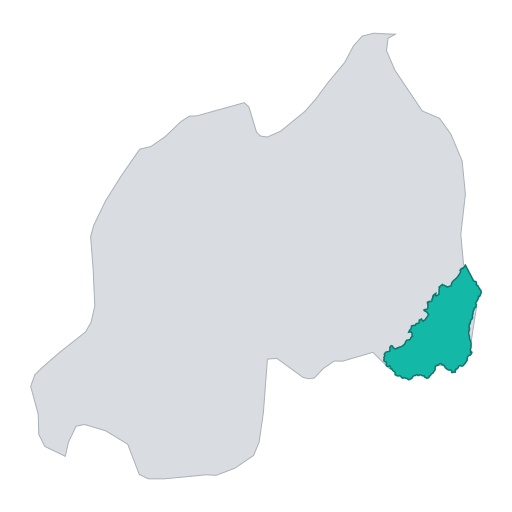 Kirehe, Eastern, Rwanda (highlighted)
{"feature_id": "39286606B14634167117771", "entity_name": "Kirehe", "entity_type": "district", "adm_level": 2, "iso_a3": "RWA", "parent_name": "Rwanda", "parent_adm1": "Eastern", "projection": "natural_earth1", "projection_center": [30.661, -2.196], "detail": "fine", "context": "in_parent", "style": "filled", "palette": "teal", "viewbox_px": 512, "rotation_deg": 0, "n_neighbors": 0, "source": "geoboundaries", "source_scale": "gbopen_adm2", "svg_char_len": 6982}
<svg xmlns="http://www.w3.org/2000/svg" viewBox="0 0 512 512"><path d="M189.4,116.1L196.6,115.9L244.2,102.7L248.9,106.9L256.6,132.4L260.7,136.1L267.3,137.0L280.6,131.2L305.1,111.2L315.8,99.0L328.4,82.0L344.5,62.7L353.5,45.9L362.2,36.1L373.7,33.2L386.4,33.9L395.3,34.2L388.0,38.3L386.5,50.6L394.9,70.2L422.2,110.9L439.6,118.4L450.9,134.2L462.1,160.8L465.4,194.2L460.8,234.3L463.5,264.1L473.5,283.6L476.2,309.0L471.4,340.1L465.6,358.8L458.8,365.0L451.0,367.3L440.5,365.2L427.6,367.8L413.7,373.7L404.9,374.5L399.5,373.4L389.2,368.4L372.9,352.3L342.6,361.2L334.3,361.0L323.2,368.6L314.2,378.1L308.6,378.7L303.0,377.4L276.9,358.4L267.4,359.1L263.4,412.4L259.1,442.1L253.7,455.3L235.0,468.1L216.2,475.3L205.9,474.8L164.5,478.8L148.3,478.8L139.3,474.5L127.7,444.2L105.7,430.8L84.7,424.5L76.1,426.2L68.5,442.0L65.3,456.3L44.9,446.5L38.8,434.5L38.2,414.2L30.7,386.4L34.9,374.6L42.9,366.9L59.8,352.2L85.6,331.9L91.1,322.2L94.8,306.0L93.1,268.4L90.6,236.7L93.7,225.4L105.5,200.9L121.3,175.8L139.7,149.2L150.8,146.6L165.3,136.6L180.7,121.7L189.4,116.1Z" fill="#d9dde1" stroke="#a8b0b8" stroke-width="1"/><path d="M427.4,302.7L427.7,304.0L428.0,305.9L427.7,308.0L427.6,308.5L427.3,308.8L427.1,309.2L425.9,309.5L424.9,309.5L424.5,309.6L424.5,309.8L424.3,309.9L424.3,310.1L424.0,310.2L424.4,310.8L426.1,311.6L426.8,312.0L427.0,312.5L427.3,312.7L427.6,313.1L427.8,313.8L428.2,314.0L428.4,314.4L428.6,314.7L428.5,315.0L428.4,315.0L428.1,315.6L425.7,318.8L425.0,320.0L424.0,320.4L423.3,321.3L421.7,319.6L421.5,319.0L421.3,318.9L420.9,319.4L420.3,319.6L420.3,320.1L420.2,320.2L419.3,320.1L419.2,320.5L419.2,321.6L418.9,323.0L418.7,323.2L418.1,323.3L417.7,323.5L416.9,323.4L416.5,323.6L416.3,323.9L415.9,324.0L415.5,324.5L415.4,325.3L415.1,325.4L413.2,325.4L412.7,325.6L412.7,325.8L412.4,325.9L412.0,325.9L411.9,325.8L411.5,325.9L411.5,326.3L411.1,328.5L410.6,329.3L410.0,329.8L409.5,330.4L408.7,332.2L409.1,332.1L409.6,332.1L410.4,332.0L410.6,331.7L411.1,331.7L411.4,332.3L411.7,332.5L411.9,332.8L412.1,333.6L412.0,334.0L412.0,335.2L412.5,336.4L411.9,336.6L411.1,337.4L411.0,337.6L410.7,337.9L410.5,338.6L410.1,339.4L409.5,339.8L409.0,339.8L407.1,340.1L406.5,340.4L405.7,341.6L405.1,343.3L404.5,344.2L404.0,344.7L403.8,345.0L403.7,344.9L403.3,345.4L401.7,346.4L400.3,347.0L399.2,347.1L398.6,347.7L398.1,347.7L397.8,347.9L397.4,347.8L396.7,348.3L396.5,348.6L395.8,348.9L395.5,348.8L395.2,348.9L394.8,348.8L394.7,348.5L394.4,348.4L393.5,347.9L393.2,347.7L392.8,347.0L392.6,346.3L392.3,346.0L391.8,345.7L391.1,345.7L390.6,346.5L390.0,347.0L389.8,347.7L390.0,349.8L389.8,350.5L389.7,351.2L385.7,352.2L384.2,354.2L384.5,354.5L384.8,355.3L384.6,356.3L384.2,356.6L383.9,357.5L383.9,357.8L384.3,358.8L383.8,359.8L383.8,360.2L384.0,361.0L385.4,361.9L385.6,362.0L386.0,362.0L386.3,362.2L386.4,362.5L386.4,363.5L386.2,365.0L386.5,365.9L387.3,366.4L388.2,366.6L388.9,366.4L389.4,365.9L389.8,366.0L390.0,366.1L390.3,367.1L390.5,368.4L390.8,368.7L391.1,368.9L391.7,368.8L391.9,369.0L392.5,369.8L392.9,370.6L393.3,371.0L394.5,371.8L394.8,371.9L394.9,372.0L395.0,372.5L395.1,373.0L395.0,374.1L395.4,375.0L396.2,375.2L397.0,375.7L397.6,376.0L398.9,375.8L400.5,376.0L401.2,376.8L401.3,377.2L401.6,377.5L402.4,378.1L403.0,378.2L403.8,377.6L404.1,377.6L405.4,378.2L406.8,378.5L407.4,378.7L407.9,379.1L408.0,379.4L408.3,379.7L409.0,379.7L410.4,379.1L411.8,378.3L412.4,377.4L412.9,376.5L413.3,376.1L414.3,375.5L415.0,375.6L415.3,375.5L416.3,374.9L416.8,374.6L417.2,374.7L417.6,375.2L418.1,375.6L418.4,375.6L419.5,375.0L420.3,374.8L420.9,374.9L421.8,375.6L422.1,375.7L422.3,375.6L423.3,375.9L424.1,375.8L424.2,376.1L424.4,376.7L424.9,377.3L425.4,377.4L426.7,378.2L427.9,378.1L428.1,378.0L429.1,377.1L429.3,376.8L429.3,376.3L429.4,376.0L430.2,375.7L430.6,375.4L431.0,374.3L431.3,374.0L432.9,373.1L433.6,372.1L434.1,371.1L434.7,370.5L435.0,370.0L435.2,369.1L435.2,367.3L435.2,366.9L436.1,365.6L436.6,365.3L437.4,365.4L437.9,365.2L438.3,365.0L439.2,364.0L440.9,363.5L441.8,364.5L442.7,364.9L444.2,365.4L444.9,366.9L445.4,367.8L446.5,368.8L448.3,369.9L449.4,370.1L450.5,369.9L450.7,370.0L451.1,370.3L451.6,370.9L451.6,372.1L451.6,372.4L451.9,372.5L452.3,372.6L454.0,371.9L454.5,372.2L455.0,372.2L455.1,372.3L455.3,372.2L455.0,370.8L455.7,370.2L455.7,369.4L456.0,369.0L456.5,369.1L457.4,368.7L457.9,367.8L458.2,367.6L458.4,367.1L458.5,366.2L460.5,365.5L460.9,365.8L461.1,366.0L461.3,366.1L462.3,366.0L463.1,365.7L463.4,365.4L464.1,364.4L465.1,363.6L465.3,362.9L466.4,361.6L467.3,360.0L467.3,359.5L467.1,359.0L467.1,358.8L467.4,357.8L467.3,357.6L467.5,357.1L467.8,356.5L468.9,355.4L469.6,355.2L470.0,355.3L470.1,355.2L470.3,355.0L471.0,354.4L471.4,353.4L471.7,353.1L471.9,352.4L471.7,352.0L471.0,352.3L470.6,352.4L470.5,351.5L470.7,350.6L470.3,349.3L470.8,348.2L471.0,347.5L471.1,344.7L471.0,342.4L470.9,341.9L470.6,341.4L470.5,340.7L470.1,340.1L469.8,339.3L469.4,338.5L469.4,338.3L469.6,337.6L469.5,336.6L469.2,335.3L468.7,334.1L468.6,333.7L468.7,332.7L469.0,331.5L468.6,330.7L468.7,330.4L469.3,330.1L469.5,329.7L469.4,329.0L469.5,328.4L469.4,328.1L468.9,327.7L469.3,326.8L469.2,326.4L469.0,326.1L469.1,325.8L469.0,324.9L469.3,324.6L469.7,323.8L470.1,323.8L470.2,323.5L470.3,322.4L470.6,321.5L470.8,320.2L471.3,319.5L471.7,319.3L471.9,319.0L472.1,318.7L472.4,318.5L472.5,318.3L472.5,318.0L472.3,317.6L472.6,316.8L472.3,315.9L472.3,315.5L472.5,315.0L473.0,314.0L473.0,312.8L472.8,312.1L473.2,311.6L473.4,310.8L473.8,310.2L474.0,309.7L473.9,309.2L474.3,308.6L474.3,308.3L474.3,308.2L474.7,308.1L475.4,307.4L476.0,307.2L476.1,306.9L476.1,305.2L476.3,304.5L475.7,303.3L475.6,303.0L476.3,301.9L476.6,301.7L476.9,301.1L477.5,300.1L477.8,299.4L478.3,298.8L478.5,297.9L478.4,296.3L479.5,296.5L480.0,295.8L480.3,295.0L480.4,294.2L480.5,293.9L480.9,293.7L481.3,292.3L481.0,291.5L481.1,290.9L480.9,290.3L479.9,289.6L479.8,289.0L479.6,288.6L479.3,288.5L479.1,288.3L478.9,287.5L478.3,286.7L478.0,285.9L477.2,285.2L476.4,285.1L476.3,284.0L476.5,283.4L476.2,281.9L475.9,281.6L475.6,281.5L474.7,281.4L474.1,281.2L473.4,280.5L465.4,265.1L465.2,265.3L465.2,265.9L465.0,266.1L464.5,266.3L464.3,267.1L463.2,267.6L463.0,268.2L462.5,268.7L461.9,268.4L461.4,268.5L460.4,269.7L460.0,270.5L460.7,271.1L460.7,271.6L460.2,272.9L457.9,276.4L456.4,278.2L454.0,280.2L452.8,281.4L452.3,282.0L451.8,283.0L451.4,284.2L451.1,285.9L447.0,287.0L446.1,286.4L446.0,286.1L445.5,286.0L444.9,285.8L444.5,285.4L444.0,285.2L443.4,285.2L442.8,285.4L442.5,284.5L441.2,285.3L439.2,287.1L439.4,287.2L439.5,287.4L439.6,287.5L439.0,289.7L439.1,291.6L439.0,292.1L439.1,292.6L438.8,294.4L438.2,294.9L436.4,295.6L436.4,295.8L435.3,295.6L435.8,293.4L434.7,294.1L434.4,294.4L433.6,294.9L433.5,295.3L433.0,295.8L432.8,296.2L433.0,296.4L432.8,296.7L433.0,297.0L432.8,297.3L432.9,297.6L432.7,298.3L432.5,298.6L432.2,298.6L432.2,299.1L431.9,299.5L432.1,299.8L432.0,300.3L431.9,300.8L431.6,301.0L430.7,301.3L430.4,301.6L430.2,301.7L429.7,301.4L429.2,301.4L428.8,301.8L428.5,302.4L427.9,302.0L427.5,302.0L427.4,302.2L427.4,302.7Z" fill="#14b8a6" stroke="#0f766e" stroke-width="1.5"/></svg>